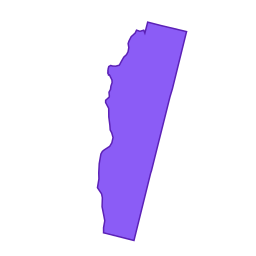 Klickitat, Washington, United States of America (Robinson projection), rotated 104°
{"feature_id": "52423323B53834689647106", "entity_name": "Klickitat", "entity_type": "district", "adm_level": 2, "iso_a3": "USA", "parent_name": "United States of America", "parent_adm1": "Washington", "projection": "robinson", "projection_center": [-120.885, 45.825], "detail": "fine", "context": "isolated", "style": "filled", "palette": "violet", "viewbox_px": 256, "rotation_deg": 104, "n_neighbors": 0, "source": "geoboundaries", "source_scale": "gbopen_adm2", "svg_char_len": 1048}
<svg xmlns="http://www.w3.org/2000/svg" viewBox="0 0 256 256"><g transform="rotate(104 128 128)"><path d="M106.2,156.2L106.5,156.4L108.7,155.9L111.8,153.1L113.6,151.5L121.9,149.3L129.9,146.2L134.2,144.8L136.7,142.6L138.6,141.5L140.9,140.2L146.3,140.1L150.2,141.3L154.9,145.7L156.9,147.2L159.8,148.0L169.5,147.3L178.7,145.5L183.7,144.1L184.5,143.9L193.3,143.2L198.3,137.7L201.9,136.0L210.7,134.1L219.2,130.1L219.4,130.0L223.6,128.1L230.7,127.6L234.6,126.6L235.6,126.4L235.7,95.0L166.3,95.1L163.7,94.9L148.3,94.9L87.3,94.8L79.4,94.4L31.4,94.5L20.3,94.5L20.6,121.1L20.5,134.5L31.8,134.6L29.3,136.4L31.3,139.8L31.0,143.4L34.1,144.0L38.6,147.0L41.2,147.6L43.4,148.1L46.1,148.3L49.7,146.7L54.0,146.4L57.2,147.2L60.2,149.2L64.7,150.5L69.1,151.6L71.0,154.9L71.6,158.0L71.5,159.9L73.0,161.5L75.0,161.6L77.8,161.3L78.5,160.7L79.4,161.0L80.0,160.6L80.6,160.0L81.3,159.7L80.9,158.9L85.3,155.2L87.8,154.4L91.6,154.7L94.8,154.3L97.8,155.1L98.5,154.9L101.6,153.8L102.7,153.8L106.2,156.2L106.2,156.2Z" fill="#8b5cf6" stroke="#5b21b6" stroke-width="1.5"/></g></svg>